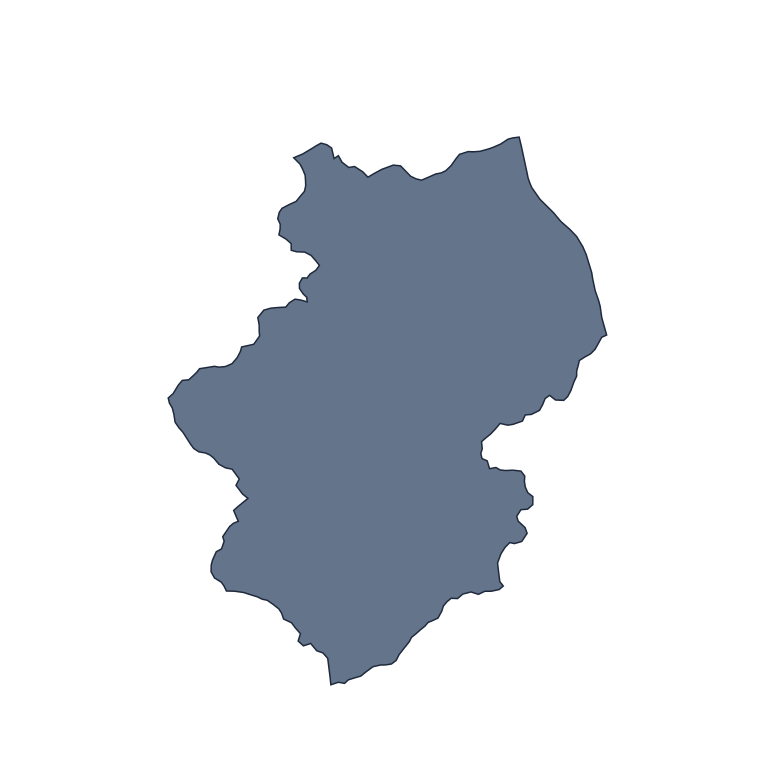 the district of Cardoso, São Paulo, Brazil, rotated 57°
{"feature_id": "56859067B23507277566037", "entity_name": "Cardoso", "entity_type": "district", "adm_level": 2, "iso_a3": "BRA", "parent_name": "Brazil", "parent_adm1": "São Paulo", "projection": "albers", "projection_center": [-49.951, -20.067], "detail": "fine", "context": "isolated", "style": "filled", "palette": "slate", "viewbox_px": 768, "rotation_deg": 57, "n_neighbors": 0, "source": "geoboundaries", "source_scale": "gbopen_adm2", "svg_char_len": 3374}
<svg xmlns="http://www.w3.org/2000/svg" viewBox="0 0 768 768"><g transform="rotate(57 384 384)"><path d="M250.5,136.2L247.7,142.1L246.2,146.6L246.3,155.3L245.1,162.7L243.9,168.0L241.2,176.6L238.1,182.3L234.9,186.9L232.5,195.6L234.3,201.0L237.4,208.8L238.8,216.0L238.1,221.1L236.0,226.3L234.8,234.0L233.5,241.5L229.4,245.4L224.3,248.5L210.1,251.3L205.5,256.9L202.8,268.8L202.1,277.3L201.8,284.8L194.6,286.2L185.6,290.2L183.2,295.6L175.2,298.4L167.7,297.9L167.7,303.1L157.6,299.4L152.1,301.7L147.7,305.6L147.3,310.8L147.2,316.5L146.8,327.0L145.1,336.5L153.8,334.7L160.0,335.3L166.1,336.5L171.1,339.3L175.1,341.7L179.1,345.8L181.1,352.5L183.0,358.2L181.9,365.6L181.1,373.8L183.0,378.4L187.5,383.1L193.4,384.0L197.4,386.7L201.7,390.9L209.0,387.3L215.7,385.4L221.3,389.0L225.4,385.4L230.2,378.7L236.5,375.1L243.7,374.1L249.4,373.6L251.5,379.2L251.5,386.1L253.2,390.8L250.6,394.7L253.4,400.1L257.9,402.9L264.6,402.7L269.2,401.6L273.3,403.7L268.2,408.1L264.4,412.4L264.3,419.1L266.0,424.5L262.1,431.3L258.7,437.7L256.6,444.6L259.5,453.6L266.6,456.6L271.7,459.9L276.0,462.2L279.7,471.6L277.7,477.1L275.4,483.2L278.4,486.6L281.8,492.5L284.2,500.3L283.0,507.4L280.1,513.1L276.8,516.6L272.8,525.7L270.7,530.3L272.2,534.7L273.1,539.3L274.1,545.5L271.1,551.2L272.9,557.1L277.2,566.1L278.2,572.6L283.3,574.4L288.8,574.6L294.9,576.7L302.3,580.0L309.2,579.8L315.1,578.9L321.4,579.0L329.4,579.0L334.5,578.7L340.1,576.2L344.6,571.3L348.7,568.7L353.5,567.1L361.4,566.2L368.1,562.5L372.7,557.8L384.8,557.1L388.4,563.3L399.2,562.6L405.8,560.4L407.3,573.8L408.2,579.0L419.8,581.0L418.8,586.1L419.4,591.0L424.2,602.4L428.8,603.7L433.8,610.1L433.3,616.0L438.2,623.6L441.6,627.4L447.3,631.3L454.4,631.8L461.6,628.4L466.1,628.2L471.8,628.9L476.3,622.3L482.4,615.3L487.2,611.4L493.7,606.0L498.1,603.4L501.7,599.8L508.5,597.0L515.3,594.7L520.4,594.7L526.4,596.2L533.9,591.6L540.0,591.2L547.9,590.1L552.8,596.0L559.7,594.2L561.7,586.8L571.1,585.7L576.2,581.7L583.4,580.6L599.9,588.6L607.3,592.4L609.3,584.7L613.6,580.1L612.7,575.0L614.6,568.3L616.3,562.6L615.6,555.6L615.1,547.2L617.8,539.9L620.4,535.8L622.9,530.2L622.4,524.2L619.2,518.8L616.1,509.8L613.9,503.1L611.5,499.0L610.8,492.5L610.0,487.6L609.4,481.7L608.0,476.9L608.9,472.0L609.7,466.2L606.0,459.3L602.6,455.2L600.9,449.8L600.3,444.4L604.0,439.2L603.1,432.3L605.8,424.3L611.8,419.4L612.8,412.2L616.2,407.0L619.1,399.4L618.4,394.0L612.8,394.5L601.7,389.1L595.9,386.2L590.0,378.2L586.9,371.3L585.5,364.9L588.9,361.5L591.1,354.3L587.2,345.3L581.2,343.9L572.0,346.2L567.2,344.7L564.0,337.6L567.2,331.7L566.2,324.9L559.5,320.5L553.4,322.6L547.3,321.6L542.0,319.2L537.9,316.1L531.6,316.6L526.5,322.8L522.7,329.3L519.3,333.4L515.0,335.6L512.5,341.6L504.7,339.3L499.9,342.4L494.9,340.6L491.9,336.9L485.5,333.6L484.6,327.5L484.0,321.6L482.4,315.1L480.3,308.1L485.9,302.7L488.1,297.8L490.5,288.1L486.9,282.4L489.8,276.9L490.8,267.9L487.6,262.0L484.0,256.9L483.7,251.3L490.8,248.9L495.6,242.2L494.6,236.8L491.2,230.7L486.0,224.0L482.3,218.1L478.1,215.4L474.3,211.1L470.7,207.4L470.7,201.3L471.2,194.3L469.9,188.2L467.3,183.2L463.4,176.0L464.2,170.6L446.9,165.2L436.6,160.4L430.7,158.5L420.8,156.1L409.2,151.6L403.9,149.2L385.5,143.9L377.2,142.5L365.2,142.1L355.7,143.9L343.9,147.2L332.9,148.5L314.0,152.6L299.8,153.1L295.2,152.3L289.8,151.0L284.8,149.0L265.9,141.8L259.1,139.2L250.5,136.2Z" fill="#64748b" stroke="#1e293b" stroke-width="1.5"/></g></svg>